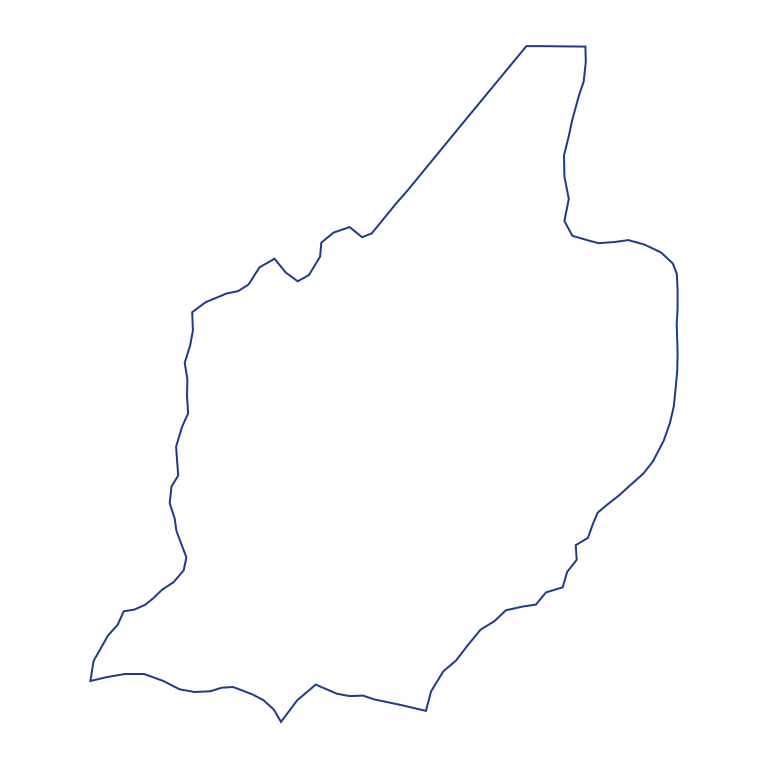 outline of Águas Lindas de Goiás, Goiás, Brazil
{"feature_id": "56859067B76807503116989", "entity_name": "Águas Lindas de Goiás", "entity_type": "district", "adm_level": 2, "iso_a3": "BRA", "parent_name": "Brazil", "parent_adm1": "Goiás", "projection": "robinson", "projection_center": [-48.29, -15.745], "detail": "fine", "context": "isolated", "style": "outline", "palette": "blue", "viewbox_px": 768, "rotation_deg": 0, "n_neighbors": 0, "source": "geoboundaries", "source_scale": "gbopen_adm2", "svg_char_len": 1582}
<svg xmlns="http://www.w3.org/2000/svg" viewBox="0 0 768 768"><path d="M585.4,46.6L538.1,46.1L526.4,46.1L459.6,127.0L408.1,189.8L396.2,203.4L371.7,233.4L362.1,237.2L349.6,227.1L333.5,232.6L321.3,242.7L320.1,256.6L309.0,275.0L297.7,281.3L285.8,272.6L274.5,258.7L259.4,267.4L248.7,284.4L238.1,291.1L226.6,293.5L205.8,302.1L192.2,312.2L192.9,330.6L190.2,345.2L184.7,362.9L187.4,379.2L187.0,395.0L188.1,413.5L182.0,426.9L176.1,446.7L177.2,462.1L178.2,475.5L171.5,486.5L169.7,503.3L174.7,518.6L176.4,530.8L181.2,543.7L186.4,557.4L183.7,570.3L173.6,582.1L162.1,589.7L153.2,598.3L145.2,604.8L134.3,609.6L123.7,611.3L117.6,624.9L108.0,635.5L93.5,661.1L90.4,681.0L106.9,677.1L124.7,674.0L144.0,674.0L163.4,681.0L179.5,689.3L194.6,692.0L210.1,691.3L221.8,687.7L233.1,687.0L252.5,694.4L263.8,700.4L273.9,709.7L281.0,721.9L297.1,700.4L315.7,684.6L336.8,693.7L349.6,696.1L363.0,695.6L374.3,699.4L402.7,705.4L425.9,710.9L431.1,691.3L443.5,671.1L456.0,660.6L467.3,645.8L480.5,629.7L494.5,621.1L505.8,610.3L523.0,606.5L535.9,604.6L546.0,592.4L562.7,587.3L567.1,572.0L576.7,559.8L575.7,545.2L588.0,537.8L592.8,524.1L597.7,512.6L606.9,504.9L619.0,495.4L631.5,484.1L643.3,473.6L652.9,461.4L663.8,440.5L670.0,422.8L673.8,406.3L675.5,389.5L677.2,371.1L677.6,353.8L677.2,339.7L676.7,325.1L677.6,308.3L677.6,290.1L676.8,273.8L672.8,263.5L661.1,252.5L644.5,244.6L628.4,240.1L614.8,242.0L598.7,243.2L587.0,240.1L572.4,235.8L564.4,221.1L568.8,198.9L564.4,176.4L564.0,155.3L568.8,136.1L572.0,121.0L575.7,107.4L578.9,95.7L583.7,81.5L585.8,61.9L585.4,46.6Z" fill="none" stroke="#1e3a8a" stroke-width="2"/></svg>